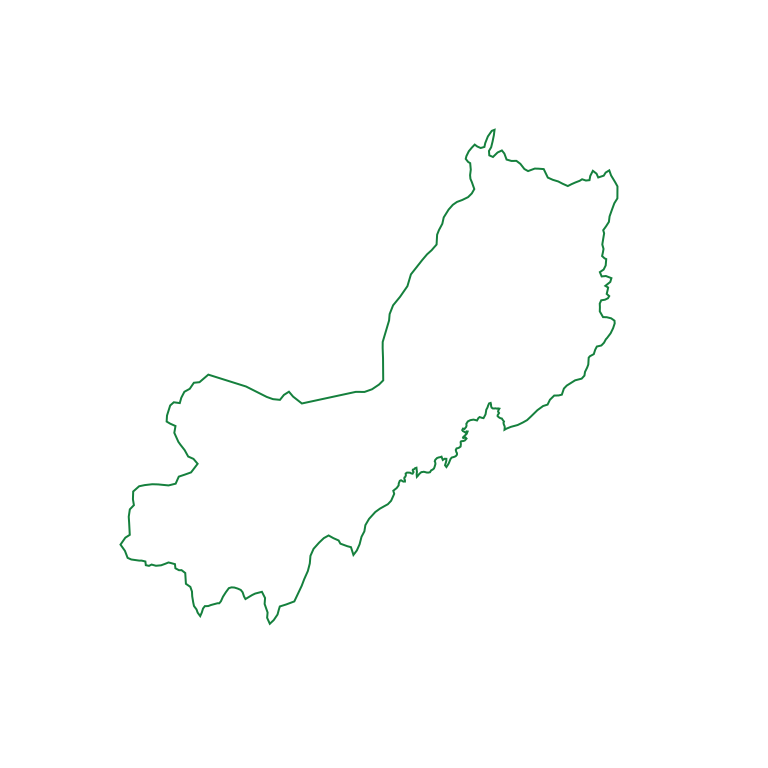 outline of Sik, Kedah, Malaysia, rotated 204°
{"feature_id": "92858781B49401310221889", "entity_name": "Sik", "entity_type": "district", "adm_level": 2, "iso_a3": "MYS", "parent_name": "Malaysia", "parent_adm1": "Kedah", "projection": "equal_earth", "projection_center": [100.816, 5.985], "detail": "fine", "context": "isolated", "style": "outline", "palette": "green", "viewbox_px": 768, "rotation_deg": 204, "n_neighbors": 0, "source": "geoboundaries", "source_scale": "gbopen_adm2", "svg_char_len": 5348}
<svg xmlns="http://www.w3.org/2000/svg" viewBox="0 0 768 768"><g transform="rotate(204 384 384)"><path d="M548.3,321.1L553.3,310.6L558.2,307.8L559.5,300.6L563.2,295.7L563.6,289.0L562.8,283.5L568.6,281.8L570.6,277.4L569.4,266.9L567.3,261.3L563.2,260.8L557.4,260.8L555.7,254.1L548.3,247.5L545.4,245.8L539.2,242.5L533.4,238.1L527.6,238.1L521.8,235.3L524.3,224.8L528.9,220.4L533.8,215.9L533.8,208.2L539.6,203.7L549.5,200.4L554.9,198.2L561.5,194.3L566.1,191.0L569.4,183.8L566.5,176.6L563.2,171.6L565.2,166.1L563.2,158.9L560.3,153.4L554.9,142.8L557.8,138.4L559.4,130.1L552.8,126.2L547.5,120.9L543.5,120.9L535.8,123.1L533.5,124.1L529.8,124.8L527.9,121.6L524.7,122.3L522.9,124.5L518.4,125.2L513.9,127.7L510.7,130.8L508.3,133.3L506.2,133.7L501.7,134.4L499.6,130.8L495.6,130.5L493.2,131.6L488.7,130.5L483.7,120.9L478.4,119.9L475.0,116.3L472.9,112.1L469.4,106.8L467.3,103.9L463.6,101.8L461.2,99.3L457.5,97.2L457.5,101.1L458.0,105.3L457.3,108.2L454.3,109.6L452.2,111.7L446.9,116.0L445.3,116.7L444.6,119.2L444.6,124.1L443.8,129.4L442.7,134.4L440.6,136.2L437.9,137.2L434.5,137.6L431.1,137.6L428.4,136.2L425.5,133.0L423.1,131.2L418.6,137.6L416.5,140.1L411.0,144.5L405.6,140.1L403.6,134.5L397.4,127.9L395.7,122.9L390.8,118.5L388.7,123.5L387.5,130.1L388.3,135.1L388.7,138.4L383.7,142.8L377.5,148.9L377.1,166.1L377.5,173.3L377.5,182.2L378.8,189.9L381.3,197.1L381.3,204.8L378.8,212.6L376.3,218.7L373.0,223.1L367.6,222.6L361.8,222.6L358.9,220.4L351.5,220.9L347.8,221.5L342.4,215.4L341.1,220.9L341.1,227.6L342.4,235.3L342.0,241.4L343.6,247.5L342.8,254.7L339.9,263.5L337.0,268.5L334.1,272.4L331.6,275.7L330.0,280.2L330.0,287.8L332.1,290.3L330.1,294.1L329.4,297.3L330.1,299.2L330.2,302.0L329.3,303.0L326.7,302.7L325.2,303.4L325.7,304.6L326.9,305.7L327.3,306.9L326.8,307.9L326.9,309.5L327.8,311.0L327.0,312.4L325.6,313.0L324.0,313.6L322.9,313.4L321.4,313.7L321.2,315.6L322.5,316.5L322.8,317.5L321.8,318.4L321.4,319.7L320.3,320.7L319.2,318.8L318.2,317.2L317.5,314.9L316.2,312.6L315.8,313.7L315.3,315.8L314.8,317.1L314.0,318.7L312.8,319.4L312.0,320.0L310.4,320.3L308.9,320.5L307.5,321.1L306.1,322.1L305.8,324.3L304.8,325.5L304.0,327.1L304.1,329.0L304.5,331.9L305.5,333.5L306.2,334.0L306.3,335.6L305.4,338.0L304.0,339.3L302.8,340.1L301.9,341.0L300.9,340.0L299.4,338.5L298.2,340.4L296.6,341.0L295.8,339.1L295.5,337.0L295.2,334.6L293.2,333.5L292.9,335.2L292.6,337.5L292.6,339.3L292.7,341.6L292.7,342.9L292.1,344.5L290.9,345.4L289.8,346.4L289.0,347.5L288.6,349.1L289.2,350.5L290.2,351.2L291.6,352.9L291.5,354.7L290.7,355.2L289.5,356.4L288.6,358.0L289.3,360.3L290.4,362.1L290.2,363.1L288.3,364.2L287.2,365.3L286.4,367.7L287.7,368.3L289.6,366.9L290.1,367.4L289.4,369.2L288.2,372.1L288.3,374.6L289.3,374.3L289.2,373.0L289.6,372.7L291.3,373.0L292.8,373.1L293.8,373.7L293.7,375.4L292.2,375.6L291.5,378.2L291.7,379.6L292.6,381.1L292.2,383.9L290.5,386.0L289.1,387.0L287.7,387.9L286.1,388.2L284.2,388.5L283.9,391.3L283.2,392.7L281.0,392.9L279.2,393.3L279.0,395.9L278.9,397.6L279.7,400.7L280.1,402.1L279.9,404.6L280.1,406.5L280.1,409.0L278.9,410.1L277.9,408.8L277.2,407.4L276.1,406.2L274.6,405.9L273.1,406.6L272.1,407.2L270.9,407.4L269.9,408.1L268.6,408.4L268.8,406.5L268.5,405.1L267.1,404.3L267.5,401.7L267.1,400.8L265.5,400.3L263.8,400.1L262.3,400.4L261.0,399.5L259.1,398.5L259.1,397.2L258.1,395.8L256.7,394.5L256.1,393.6L255.3,391.2L253.9,393.1L250.6,396.5L245.2,400.9L241.5,405.3L238.6,409.2L236.5,414.2L233.2,422.5L229.7,428.6L226.2,431.7L226.0,437.1L223.8,442.7L219.9,444.5L217.2,446.6L217.8,453.0L216.4,456.9L210.9,465.1L205.6,469.3L204.3,473.2L205.3,476.8L205.1,481.7L205.3,484.9L207.7,491.3L207.2,493.1L204.5,496.6L205.0,501.2L204.8,504.8L201.1,507.6L199.8,511.2L199.5,515.1L199.0,516.5L197.6,522.5L197.4,528.2L197.9,533.2L199.2,535.6L203.2,536.4L207.7,535.6L211.1,534.2L216.4,538.1L218.0,542.0L219.6,545.2L219.6,548.8L216.4,550.9L214.3,553.4L214.0,555.9L217.2,556.9L218.0,561.2L218.5,563.3L221.7,563.7L218.8,569.3L219.3,573.2L225.2,572.9L228.9,570.8L232.3,574.0L229.9,577.9L229.7,582.5L231.8,588.5L233.6,588.5L236.8,589.6L237.6,593.5L238.4,596.7L241.3,600.2L241.8,602.0L244.2,611.2L246.3,613.7L245.3,618.3L244.5,623.6L246.1,628.9L246.6,635.3L247.1,642.8L246.3,648.5L251.1,659.5L254.8,662.3L261.4,666.9L265.1,670.8L267.5,667.3L268.0,663.7L272.3,659.8L275.4,662.6L279.9,663.7L280.2,658.0L279.2,653.8L282.3,652.0L286.3,651.6L287.9,649.2L291.1,646.0L294.0,642.8L296.6,639.6L302.2,639.6L307.2,639.9L312.8,639.2L318.3,639.2L325.5,645.3L330.5,643.5L333.9,642.1L339.0,637.1L343.2,637.5L349.0,640.6L353.8,641.7L358.3,639.6L363.3,638.9L367.8,643.5L371.3,645.3L374.4,641.7L376.8,635.7L380.8,635.7L382.9,639.6L382.4,643.8L383.4,649.5L384.8,655.9L386.4,661.2L388.5,659.1L389.8,652.4L389.5,645.3L388.7,641.4L391.7,638.9L395.4,638.9L398.5,639.6L399.9,635.7L401.2,631.1L401.4,625.7L400.9,622.9L397.5,621.1L395.1,620.8L391.9,615.1L390.3,609.8L388.5,606.6L385.8,604.1L380.8,598.8L381.3,593.8L383.2,588.9L387.4,583.9L391.4,580.0L394.0,575.7L395.9,569.7L397.2,560.5L395.9,554.1L396.4,547.0L396.2,542.0L392.7,532.8L394.1,528.3L394.9,525.6L397.4,520.0L399.5,512.8L404.0,495.1L402.4,482.9L404.8,470.2L407.7,459.6L407.3,450.2L405.2,444.1L402.3,421.9L399.9,416.4L395.3,407.0L386.2,387.0L388.3,381.5L392.8,374.3L398.6,368.8L406.5,365.4L451.1,332.8L461.9,335.5L467.7,338.3L471.0,333.3L472.6,327.2L479.3,325.0L485.9,324.5L509.0,325.6L548.3,321.1Z" fill="none" stroke="#15803d" stroke-width="2"/></g></svg>